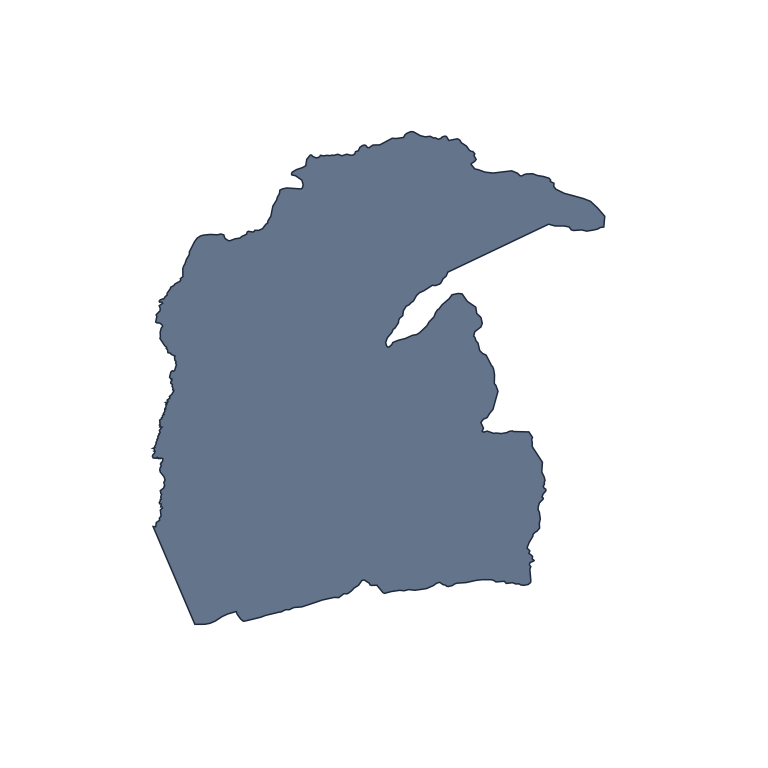 the district of Santa Victoria, Salta, Argentina, rotated 248°
{"feature_id": "61730980B62992861219638", "entity_name": "Santa Victoria", "entity_type": "district", "adm_level": 2, "iso_a3": "ARG", "parent_name": "Argentina", "parent_adm1": "Salta", "projection": "equal_earth", "projection_center": [-64.86, -22.445], "detail": "fine", "context": "isolated", "style": "filled", "palette": "slate", "viewbox_px": 768, "rotation_deg": 248, "n_neighbors": 0, "source": "geoboundaries", "source_scale": "gbopen_adm2", "svg_char_len": 6171}
<svg xmlns="http://www.w3.org/2000/svg" viewBox="0 0 768 768"><g transform="rotate(248 384 384)"><path d="M619.9,410.7L619.1,410.0L618.6,408.2L619.2,405.6L621.6,403.3L623.5,402.5L623.9,401.3L621.2,396.5L615.7,393.2L615.2,389.3L615.6,383.1L614.8,378.2L613.6,377.0L612.4,376.8L610.2,380.0L603.8,384.2L599.0,383.7L596.8,382.1L596.0,381.0L596.1,379.8L602.2,367.3L602.9,363.1L602.8,360.1L599.6,358.3L597.3,355.3L594.7,353.2L590.6,347.6L581.9,341.9L579.1,337.9L576.8,336.2L576.3,334.2L573.5,329.5L573.4,325.4L574.9,321.8L574.1,320.8L574.0,319.4L576.4,315.4L576.2,314.2L574.3,312.5L574.1,307.6L573.3,305.0L574.4,300.5L574.6,294.4L575.6,293.1L578.6,291.1L582.3,291.3L584.2,289.0L584.8,285.3L587.7,279.1L589.7,272.3L590.0,269.2L589.3,265.5L586.9,261.6L579.6,253.2L576.8,251.8L573.6,247.5L569.7,244.2L568.5,242.5L566.2,240.6L558.8,237.7L558.0,234.7L556.6,234.5L555.7,233.3L555.1,227.7L554.0,225.9L553.6,222.4L552.5,221.7L549.4,216.9L547.5,216.0L547.1,214.0L545.3,211.6L545.8,210.6L545.8,208.0L545.1,206.6L544.0,206.6L543.1,208.7L541.8,209.1L540.8,204.9L537.9,204.8L535.9,203.9L533.5,198.6L531.8,198.7L526.9,195.5L525.5,196.6L524.5,199.0L521.6,200.5L520.4,200.3L519.3,198.4L516.0,195.9L511.4,194.3L510.1,193.3L501.8,195.0L499.5,196.2L498.6,195.4L496.8,196.1L494.0,195.4L492.5,197.6L491.3,197.7L488.1,200.7L487.1,199.7L484.4,199.0L482.8,199.6L481.3,198.6L479.7,198.8L475.2,195.1L474.6,193.8L475.6,192.7L475.0,190.9L470.6,187.7L469.0,188.2L468.1,189.2L467.6,188.3L466.7,188.7L465.7,187.0L464.4,186.6L463.4,187.4L462.1,187.4L461.5,186.7L458.9,186.7L457.7,185.9L457.1,186.7L456.4,186.5L454.0,183.5L452.8,180.3L451.2,180.3L450.3,176.9L448.7,177.3L447.9,176.1L448.5,175.9L448.7,174.6L447.9,175.2L447.3,174.5L447.0,175.1L446.4,175.0L446.2,173.9L444.7,173.5L443.5,172.1L442.7,172.3L442.9,171.3L440.9,170.6L439.1,168.3L438.0,168.6L437.9,166.9L436.3,166.2L436.0,165.0L435.2,165.0L434.6,162.5L430.4,161.2L430.1,160.4L429.2,160.9L428.2,160.0L427.2,162.0L425.1,158.3L422.9,158.3L422.0,156.4L421.3,156.6L420.2,154.7L418.3,154.1L417.7,152.7L417.1,152.8L414.9,150.5L414.1,150.5L411.5,147.6L410.9,147.8L410.9,145.7L410.4,146.4L407.6,146.6L407.8,145.6L407.0,146.1L405.6,145.1L405.2,143.6L403.9,142.2L401.8,142.3L400.6,144.9L401.0,146.0L400.1,145.9L399.9,147.1L399.1,147.3L399.2,148.3L398.6,148.6L398.8,149.7L397.3,151.0L395.0,149.4L394.7,148.0L394.0,147.9L393.5,146.7L391.4,146.9L390.4,145.3L388.4,143.9L386.1,143.6L380.4,145.3L376.9,145.0L375.3,143.0L371.9,142.6L371.3,141.5L370.2,141.1L368.9,136.6L366.1,136.1L365.3,136.6L362.7,134.5L360.8,134.5L360.6,133.3L359.2,132.6L358.5,131.3L357.0,131.1L356.2,132.5L353.8,131.0L353.8,131.8L352.0,132.2L351.0,129.4L345.0,127.8L343.7,125.4L341.7,124.9L340.9,121.0L337.2,118.9L338.4,116.5L232.0,118.6L228.3,128.0L227.3,133.0L227.4,138.7L229.0,146.8L229.3,152.9L228.4,161.7L225.6,161.6L219.9,163.0L216.8,164.6L216.2,166.7L213.9,182.4L213.8,187.6L211.7,201.7L211.2,203.1L211.6,208.2L210.2,211.6L210.5,216.7L208.1,224.4L206.8,246.0L204.8,257.8L202.9,262.0L204.6,268.2L203.3,271.1L203.4,272.7L204.3,276.1L206.0,279.9L206.9,284.9L210.1,289.9L209.7,292.3L204.8,295.7L202.9,295.8L202.0,296.8L200.1,302.0L191.0,304.9L189.7,306.0L188.8,313.2L186.8,321.3L184.7,325.3L184.2,329.7L181.2,335.3L178.4,346.6L178.6,354.3L179.6,358.2L179.2,361.4L175.8,363.6L174.7,365.4L172.9,366.5L172.1,367.7L171.5,372.0L172.1,374.2L172.0,377.0L169.1,385.8L167.4,396.0L165.7,401.9L162.5,409.8L161.1,411.9L158.5,413.7L156.0,421.7L153.3,422.6L151.6,428.8L149.4,431.0L148.0,434.5L146.3,435.7L144.9,438.4L144.1,442.6L145.0,445.5L146.7,446.5L157.8,449.9L159.6,451.7L161.3,451.1L162.6,451.4L163.7,452.7L163.8,456.7L164.2,457.1L166.3,455.9L168.6,457.2L172.9,454.9L174.6,456.7L178.4,455.2L182.6,459.1L187.1,465.0L188.8,466.0L190.0,468.7L190.1,470.5L192.1,474.3L196.6,475.8L200.4,478.4L206.9,480.0L209.9,479.8L212.2,480.9L215.5,483.5L217.7,488.5L218.7,488.9L220.1,488.2L222.4,490.3L224.2,494.0L225.8,494.6L227.4,493.5L229.3,493.2L231.2,495.4L232.6,495.6L234.3,497.2L237.9,497.7L243.3,497.3L252.1,501.6L269.3,498.2L271.1,498.1L273.9,499.5L277.2,500.1L278.9,501.7L285.3,500.4L291.5,486.1L292.3,485.7L293.2,482.4L292.9,479.7L294.1,474.2L296.7,469.3L297.0,467.4L301.7,462.0L302.0,458.4L303.2,457.3L305.8,459.7L312.0,459.4L314.1,463.0L314.2,467.0L317.2,471.0L319.6,475.5L334.6,487.0L341.0,487.2L343.0,486.4L351.0,489.9L356.2,491.1L359.6,491.2L360.6,490.6L372.6,489.5L375.3,486.9L379.2,485.3L386.8,486.5L389.3,485.5L393.2,485.7L394.8,485.1L398.5,487.8L400.6,495.3L403.5,497.9L409.4,498.8L414.7,496.4L420.8,497.9L429.4,492.2L438.3,490.2L440.1,486.9L441.3,480.5L438.7,476.4L435.7,467.5L433.1,463.2L432.8,461.5L430.8,458.5L427.6,455.6L424.7,449.1L421.9,445.6L418.2,436.2L417.6,432.6L418.5,428.7L418.2,420.6L419.2,413.8L419.2,407.8L417.6,405.9L416.4,402.7L417.0,401.2L418.4,400.7L421.7,401.0L425.6,404.4L428.7,410.4L431.2,413.0L431.7,415.1L435.3,420.3L437.6,421.5L439.1,423.2L440.3,427.0L444.7,429.5L447.8,433.7L448.1,437.3L449.0,438.8L449.9,442.4L453.8,447.2L455.3,450.9L455.5,455.9L457.4,465.8L456.0,468.5L455.8,472.9L456.3,474.5L459.5,478.3L460.7,482.0L463.8,485.1L470.5,596.5L466.5,601.7L463.0,610.2L460.3,614.4L456.7,615.4L455.3,617.3L452.8,625.0L449.8,629.2L448.2,636.2L447.6,640.5L448.1,642.9L447.2,646.6L456.8,651.5L467.3,647.9L476.0,643.9L481.4,638.2L493.4,622.4L500.3,616.3L503.6,615.4L506.4,616.8L509.5,614.1L510.7,614.9L513.1,614.0L516.8,609.4L519.8,604.4L523.3,600.6L525.4,594.7L525.7,592.5L525.3,589.6L526.2,588.1L529.4,586.8L533.8,582.3L538.8,564.0L542.7,556.9L547.5,551.6L549.3,548.8L555.0,547.0L555.6,547.7L556.6,551.9L557.8,553.6L562.0,553.0L563.4,554.4L566.2,553.5L567.3,551.7L569.2,550.6L573.7,549.6L578.7,546.1L581.6,545.7L583.0,544.8L583.9,543.8L585.5,535.4L590.1,534.6L591.1,533.2L591.2,530.3L590.5,528.9L590.5,526.2L593.0,523.8L593.7,522.0L596.4,519.6L597.7,514.8L600.6,510.8L606.9,505.7L608.0,503.3L607.9,499.1L607.3,497.0L605.3,494.4L607.1,487.1L608.8,483.7L607.3,469.6L609.7,463.3L608.7,458.7L609.4,457.3L612.0,456.5L612.9,455.4L613.2,453.5L612.5,450.3L609.9,447.6L610.1,444.6L608.4,443.3L607.9,440.8L608.5,439.0L611.0,435.6L611.4,430.4L614.3,427.3L614.8,423.0L615.7,421.6L616.0,419.4L617.4,416.8L618.1,413.6L619.9,410.7Z" fill="#64748b" stroke="#1e293b" stroke-width="1.5"/></g></svg>